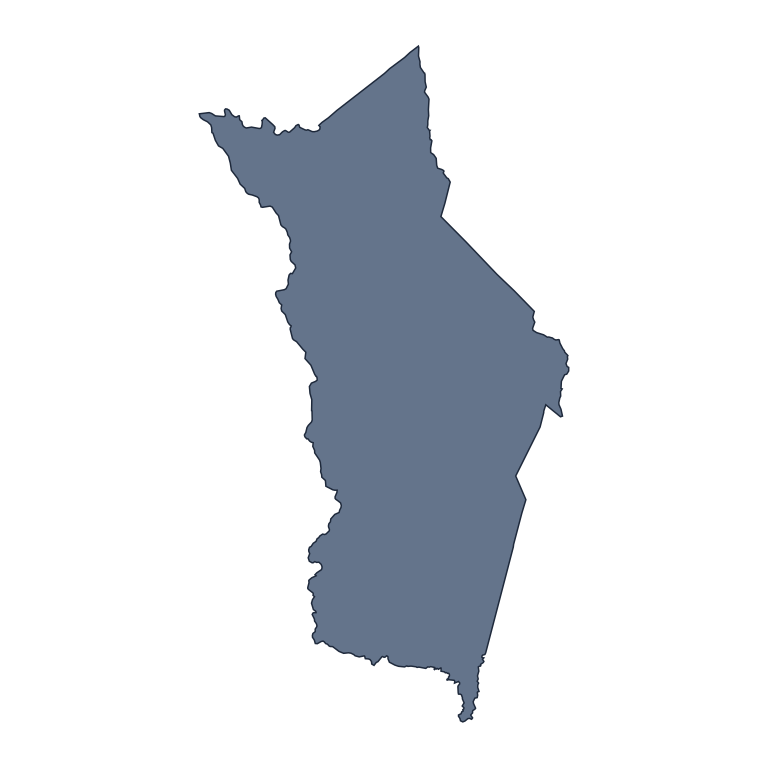 Ntcheu, Ntcheu, Malawi
{"feature_id": "42251766B4706820893431", "entity_name": "Ntcheu", "entity_type": "district", "adm_level": 2, "iso_a3": "MWI", "parent_name": "Malawi", "parent_adm1": "Ntcheu", "projection": "orthographic", "projection_center": [34.638, -14.817], "detail": "fine", "context": "isolated", "style": "filled", "palette": "slate", "viewbox_px": 768, "rotation_deg": 0, "n_neighbors": 0, "source": "geoboundaries", "source_scale": "gbopen_adm2", "svg_char_len": 6113}
<svg xmlns="http://www.w3.org/2000/svg" viewBox="0 0 768 768"><path d="M567.9,355.6L564.7,352.1L564.4,350.8L562.7,348.6L559.9,343.1L559.2,339.9L558.6,339.6L555.8,340.0L554.0,339.2L552.5,338.0L548.8,337.0L547.4,337.2L543.6,334.8L536.6,332.6L533.0,330.3L532.6,328.3L534.8,322.1L533.6,319.8L532.8,317.1L534.3,311.4L514.2,290.8L497.0,274.4L465.7,241.6L440.9,216.6L444.9,203.2L450.2,182.1L448.3,178.7L446.7,177.8L443.4,173.3L443.3,172.7L443.9,171.5L443.7,170.6L441.8,169.5L437.7,168.2L436.7,165.3L436.2,158.3L433.7,154.7L430.7,152.6L430.6,147.9L431.9,140.8L431.1,139.7L430.3,139.7L429.7,137.8L430.0,136.2L429.6,131.0L430.0,130.4L429.4,130.4L427.3,127.6L427.8,124.8L427.8,120.9L428.7,115.8L428.4,109.8L429.0,99.2L428.2,97.2L424.5,92.1L424.8,90.5L426.3,87.1L425.1,81.7L425.0,74.5L424.6,73.1L424.1,73.0L420.4,67.5L419.9,64.2L420.0,61.7L418.5,56.1L418.8,47.6L418.4,46.1L410.0,52.5L404.6,57.5L389.6,68.7L384.4,73.5L336.8,110.5L328.4,117.8L322.0,122.4L318.8,125.4L320.1,126.9L319.8,129.2L318.8,130.2L317.1,131.1L314.2,131.7L312.2,131.6L307.9,129.7L306.5,130.2L305.1,129.9L299.7,127.3L299.0,125.0L298.2,124.5L296.0,125.6L294.6,127.7L289.5,132.2L288.4,132.3L285.5,130.5L284.5,130.6L282.4,131.9L279.6,134.7L277.2,135.1L275.4,134.5L273.6,132.3L275.0,128.4L274.8,126.7L272.7,124.5L265.2,117.8L263.8,118.1L262.3,120.5L261.9,120.5L262.3,121.9L262.1,124.4L261.5,127.3L260.6,128.3L259.2,128.5L251.5,127.1L246.3,128.0L244.5,127.2L243.1,125.9L242.4,124.5L241.9,121.7L239.7,119.7L239.3,115.9L238.5,115.9L236.3,117.1L234.5,116.7L231.9,114.7L229.2,110.2L227.0,109.0L225.5,108.9L224.6,110.0L224.5,110.9L225.4,114.8L224.9,116.1L224.1,116.6L215.4,115.9L211.7,113.5L209.2,112.6L199.3,113.8L199.9,116.5L200.7,117.7L203.3,119.7L207.5,121.8L210.8,124.9L211.6,127.5L211.9,132.6L213.0,133.2L215.4,140.4L218.5,145.9L222.8,148.4L228.5,156.2L230.3,163.1L231.4,170.3L237.6,178.4L240.2,184.2L244.7,188.4L245.8,191.7L247.2,193.3L248.6,194.2L252.3,195.0L256.9,196.7L258.5,197.9L259.2,199.6L259.2,202.4L260.6,205.1L261.0,206.9L262.5,207.3L270.1,206.1L272.3,207.1L276.1,213.0L278.5,215.6L280.9,224.9L282.4,226.6L284.6,227.9L285.9,229.1L287.3,232.3L287.8,234.9L289.6,237.5L290.4,239.9L290.5,241.3L289.5,244.1L289.6,248.1L291.6,251.8L290.0,254.9L290.3,259.5L291.2,261.4L295.0,264.9L295.7,268.0L292.4,273.6L290.5,273.4L289.1,275.0L288.0,280.1L288.4,284.1L286.1,288.7L284.3,289.7L276.7,291.2L275.8,292.5L275.6,294.2L276.2,296.5L277.9,299.3L279.3,302.7L281.7,304.9L281.1,308.5L281.7,311.0L285.3,314.6L287.8,322.0L289.5,324.6L291.2,325.9L290.9,327.0L290.3,327.7L290.2,329.3L292.5,338.5L293.5,339.8L296.6,341.7L302.8,349.2L305.8,352.2L305.0,358.6L310.9,365.2L314.6,374.1L316.0,376.4L316.5,376.4L317.0,377.6L317.2,379.6L316.9,380.4L315.3,381.5L311.4,383.1L309.4,386.5L310.0,393.4L311.8,399.7L311.6,410.7L312.0,410.9L312.2,420.0L311.5,422.0L308.3,425.4L307.0,427.5L305.8,432.5L304.5,434.7L304.5,435.7L305.1,437.1L306.8,438.9L307.8,438.7L309.7,441.1L311.3,442.2L313.2,442.7L312.8,446.4L314.6,450.4L314.7,452.9L319.5,460.0L320.3,462.4L321.0,468.5L320.6,471.7L321.6,474.6L321.8,477.2L325.4,480.5L325.9,486.3L332.8,489.8L334.7,490.2L337.2,490.2L336.9,492.5L335.1,496.7L335.1,498.3L335.6,499.1L340.5,502.8L341.3,505.4L341.0,507.5L339.7,510.1L339.1,512.5L334.8,514.4L330.8,518.9L330.4,521.8L328.9,523.7L328.5,525.3L328.5,526.9L329.4,529.3L329.3,530.8L326.0,534.0L324.6,534.5L322.6,534.1L319.8,536.0L318.6,537.8L317.2,538.6L316.0,541.4L313.2,543.3L311.2,546.4L309.5,547.3L308.7,549.8L308.8,551.3L309.7,553.6L308.2,557.8L309.3,561.2L312.1,562.8L313.3,562.7L314.8,561.6L316.5,562.4L318.9,562.2L321.2,564.4L322.1,566.9L321.8,568.9L321.3,569.8L317.0,572.6L315.0,574.7L316.1,575.8L311.9,577.7L309.1,580.0L308.8,580.6L309.0,582.7L307.8,587.4L307.8,588.5L308.4,589.4L313.0,593.0L313.3,593.9L313.0,595.3L314.5,596.7L312.5,599.6L311.5,603.2L313.4,609.6L315.5,611.0L316.1,612.2L316.0,612.7L314.0,612.6L312.9,613.1L312.2,614.5L314.4,619.0L314.6,621.1L316.4,623.7L316.9,625.5L316.8,626.7L315.2,629.1L315.2,631.6L312.9,633.5L312.4,635.4L312.5,637.3L314.3,640.0L315.3,643.5L317.3,643.7L321.2,641.5L323.0,641.1L324.1,641.7L325.7,643.6L327.5,644.2L329.1,646.0L330.2,646.5L332.6,646.6L339.0,651.4L343.6,653.3L348.5,652.8L351.0,653.2L353.8,654.6L355.1,655.8L359.2,656.9L364.2,655.9L364.7,656.3L365.3,658.7L368.4,658.9L370.1,659.6L371.5,661.6L371.7,664.0L374.0,665.4L376.3,662.4L377.9,661.7L381.9,656.8L382.5,656.5L384.1,657.3L385.3,657.0L386.6,655.8L387.7,656.4L388.0,656.9L388.0,658.8L389.4,662.2L394.9,665.1L398.5,666.3L404.6,666.9L406.8,665.9L407.9,666.4L411.0,666.1L416.0,666.8L417.1,667.4L418.9,667.1L425.8,668.4L427.7,666.9L429.5,667.1L430.7,666.6L434.7,667.5L434.7,668.1L434.1,669.1L434.5,669.6L436.0,668.5L436.4,669.0L437.5,668.5L438.4,669.3L440.5,668.0L441.1,668.1L441.0,671.2L444.5,671.9L445.3,672.8L446.6,672.6L447.5,673.4L448.7,673.3L449.1,673.8L449.5,675.0L449.3,676.3L448.5,677.1L448.5,678.3L447.0,679.3L446.9,679.9L447.5,680.1L448.6,679.7L454.1,680.3L454.8,681.3L454.5,683.1L458.5,681.5L459.7,682.9L459.6,684.1L458.3,685.5L457.9,686.7L458.2,692.8L458.5,694.1L460.4,694.2L461.4,694.8L462.4,697.6L462.4,698.9L464.1,702.9L462.2,706.0L463.9,707.7L463.8,708.9L462.8,709.7L463.2,710.9L461.7,711.9L461.1,713.7L458.5,715.0L458.5,716.3L459.9,718.4L460.5,720.8L462.8,721.9L465.0,721.0L467.9,718.6L469.8,718.4L471.4,719.3L471.9,719.0L472.6,717.9L470.8,715.3L470.9,714.7L472.6,712.9L472.5,711.6L472.9,710.5L474.9,709.2L475.6,708.2L473.5,703.5L473.2,701.6L474.8,698.2L477.2,697.6L477.7,695.1L477.3,692.6L477.5,692.0L479.0,691.5L477.7,687.3L477.8,684.8L478.6,683.1L477.2,681.2L478.2,679.0L477.5,675.9L478.8,671.2L478.3,666.9L479.3,666.2L480.5,666.1L480.8,665.6L480.6,664.4L483.3,662.5L483.9,661.4L482.5,659.3L483.8,657.9L482.0,657.5L481.9,656.3L482.5,655.2L484.9,654.5L485.7,652.8L513.3,547.0L513.6,544.4L521.9,512.9L525.9,499.7L515.7,476.0L540.1,427.0L543.7,412.8L543.8,411.0L545.8,404.8L560.5,416.8L562.5,416.1L561.0,409.3L559.0,404.7L558.8,402.7L559.8,398.0L560.7,396.1L560.5,391.5L562.2,388.9L561.0,388.4L561.4,381.3L564.6,374.8L566.8,374.1L568.7,371.0L568.7,367.4L567.1,366.5L566.0,363.6L567.7,359.1L567.4,356.7L567.9,355.6Z" fill="#64748b" stroke="#1e293b" stroke-width="1.5"/></svg>